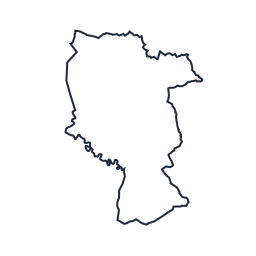 the district of Misau, Bauchi, Nigeria, rotated 108°
{"feature_id": "59680162B30906229675123", "entity_name": "Misau", "entity_type": "district", "adm_level": 2, "iso_a3": "NGA", "parent_name": "Nigeria", "parent_adm1": "Bauchi", "projection": "mercator", "projection_center": [10.494, 11.386], "detail": "fine", "context": "isolated", "style": "outline", "palette": "slate", "viewbox_px": 256, "rotation_deg": 108, "n_neighbors": 0, "source": "geoboundaries", "source_scale": "gbopen_adm2", "svg_char_len": 4513}
<svg xmlns="http://www.w3.org/2000/svg" viewBox="0 0 256 256"><g transform="rotate(108 128 128)"><path d="M176.2,51.2L176.8,52.8L176.8,53.1L176.8,55.0L173.9,59.1L172.9,59.1L169.5,63.0L169.4,63.0L167.4,70.3L167.2,70.3L164.6,71.8L162.2,74.0L161.9,75.5L160.7,77.8L156.9,82.9L156.6,82.9L152.7,79.7L152.2,75.7L150.5,74.2L149.3,73.7L146.0,76.4L143.8,78.9L141.8,80.7L140.9,81.2L136.1,78.2L135.1,77.0L134.8,77.2L133.2,77.5L129.2,73.3L126.6,73.0L124.4,72.5L123.5,73.3L122.9,74.3L121.5,74.8L120.0,74.8L119.2,75.8L118.1,75.4L117.2,76.3L116.5,76.9L115.4,78.9L114.4,79.1L113.8,79.1L113.4,80.0L110.7,81.7L109.5,82.2L108.7,82.5L106.6,83.8L102.7,85.7L100.4,86.0L100.0,86.2L98.1,88.0L97.6,88.0L94.7,90.2L93.5,92.5L91.6,93.5L90.7,98.7L88.5,98.5L87.3,98.6L84.6,99.1L77.9,101.9L76.8,100.8L76.2,98.6L75.1,96.3L74.6,95.7L72.4,94.0L72.3,93.1L72.5,92.7L71.7,89.6L69.4,87.3L67.5,86.2L65.8,85.1L65.2,83.7L63.8,81.9L63.0,80.1L62.7,79.8L61.8,77.9L62.4,76.9L61.5,74.6L61.5,73.5L59.9,72.2L58.7,72.5L58.1,74.5L57.7,75.5L57.5,76.4L57.2,76.6L56.9,77.0L56.4,77.3L56.5,77.9L56.6,79.0L56.6,79.3L56.7,79.7L54.7,81.8L54.4,81.8L54.3,82.1L54.2,82.4L54.1,82.9L54.0,83.0L53.9,83.1L53.9,83.3L53.4,84.7L51.3,85.4L50.7,85.5L49.9,86.0L48.8,86.7L47.9,87.2L46.4,88.4L45.2,89.3L44.5,90.7L44.0,91.7L42.2,93.9L39.8,93.6L39.6,94.7L39.8,95.4L41.1,96.5L41.8,98.5L41.7,99.8L42.5,100.3L42.9,100.3L45.3,103.5L44.1,105.2L43.1,106.0L45.0,108.3L44.1,111.5L44.7,113.1L47.3,115.2L45.2,121.2L53.4,121.1L53.3,122.6L52.2,125.1L54.1,127.6L53.2,128.7L53.9,132.0L51.6,133.5L49.9,133.9L48.4,133.3L48.2,135.6L47.5,137.8L46.7,138.6L45.9,138.7L43.3,137.5L42.9,139.0L42.1,140.1L40.8,141.1L40.8,141.3L39.7,141.9L36.5,143.4L37.8,144.8L38.0,145.3L36.6,148.3L37.2,148.7L37.9,150.6L37.9,151.3L36.8,153.0L36.8,153.9L35.7,156.2L38.2,157.1L41.0,159.5L39.9,161.6L42.7,164.7L42.3,167.2L42.0,167.5L44.2,171.5L43.9,172.0L44.4,178.1L45.6,178.7L46.2,180.4L51.7,184.0L51.3,187.5L52.3,196.1L52.2,196.3L51.9,196.6L51.0,203.6L51.7,208.1L53.9,207.6L55.4,207.6L57.5,207.0L60.0,207.0L61.6,207.0L62.5,207.0L63.5,207.2L64.6,207.5L65.6,208.0L65.8,208.5L71.6,200.2L84.5,206.0L88.1,205.0L91.4,204.1L95.9,202.9L102.1,201.2L113.8,193.4L125.8,184.9L127.3,183.7L129.5,185.6L130.5,185.4L132.2,184.0L133.0,183.0L133.7,181.6L135.1,181.2L135.5,181.8L136.3,182.7L136.8,183.4L138.1,183.7L138.7,183.3L138.9,182.3L139.4,181.4L140.0,180.5L140.7,180.6L141.5,181.1L142.3,181.7L143.3,182.3L144.1,183.1L145.0,184.0L145.8,185.1L146.8,185.8L148.0,186.6L148.8,186.5L149.8,186.4L150.1,186.4L151.0,186.2L151.5,185.7L151.8,183.4L152.2,182.1L152.4,180.6L152.4,179.3L152.1,178.1L152.5,177.0L153.3,176.2L154.7,175.2L154.7,174.4L154.0,174.0L153.2,173.8L151.5,173.4L150.6,173.2L149.8,173.0L149.7,172.3L149.8,171.7L150.4,171.6L150.7,171.0L151.2,169.8L151.5,168.7L151.9,167.4L151.7,166.5L152.1,166.0L152.5,165.6L153.6,165.2L154.8,165.1L155.4,164.3L155.4,163.4L154.9,162.7L154.4,161.9L153.8,161.0L153.8,159.7L154.6,159.2L155.4,159.0L156.4,158.7L157.3,158.5L158.1,158.9L158.2,159.7L157.9,160.9L157.9,161.7L157.9,162.1L158.3,162.5L159.3,162.4L160.2,161.7L161.2,161.0L161.8,160.1L162.2,159.1L161.9,158.1L161.1,157.7L159.9,157.5L159.1,157.5L158.6,157.0L158.5,156.7L158.7,156.0L159.2,155.0L160.2,155.0L161.2,155.0L162.0,154.6L162.4,153.5L162.6,152.6L163.2,151.9L164.2,151.6L165.3,150.8L165.1,150.3L164.9,149.9L164.7,149.1L164.8,148.6L164.3,147.9L163.6,147.8L162.7,147.6L161.9,147.2L161.2,145.8L161.6,144.9L162.4,144.7L163.1,145.0L163.9,145.0L164.5,145.2L165.1,145.1L166.1,144.8L166.9,143.0L166.9,142.0L166.7,141.1L166.1,139.8L166.1,138.6L166.4,137.8L167.2,137.1L168.2,136.6L168.9,136.3L169.4,135.7L169.2,134.7L168.7,134.2L167.3,134.3L165.8,135.6L165.2,136.4L164.5,136.7L163.9,136.6L163.8,135.9L164.2,134.9L165.3,133.8L166.2,132.9L166.8,131.7L166.7,130.9L166.0,130.4L165.1,130.3L163.4,130.5L162.7,130.3L162.3,130.2L162.0,129.3L162.2,128.5L162.9,127.7L164.2,127.5L165.1,127.4L166.0,127.0L166.0,126.2L166.5,125.0L167.5,125.0L168.2,125.5L169.3,126.1L169.9,125.9L170.0,125.0L169.8,124.4L168.9,123.8L167.9,123.8L167.4,123.4L167.4,122.6L167.9,121.7L169.4,121.3L169.9,120.8L169.7,120.2L169.0,119.7L168.4,119.3L168.1,119.0L169.1,119.0L174.9,116.1L182.6,115.9L186.2,116.5L190.1,117.1L197.0,115.0L202.1,115.2L205.8,114.0L208.6,111.4L210.6,110.9L218.7,109.6L220.3,102.1L219.1,99.9L216.0,96.9L215.2,94.8L215.1,94.7L212.8,92.4L212.3,92.1L214.3,85.3L214.2,80.7L212.4,79.2L208.7,74.2L200.3,67.2L195.0,63.3L191.8,60.3L188.7,60.4L186.3,53.5L185.4,53.0L184.1,48.7L182.5,48.3L179.6,47.5L177.0,49.6L176.2,51.2Z" fill="none" stroke="#1e293b" stroke-width="2"/></g></svg>